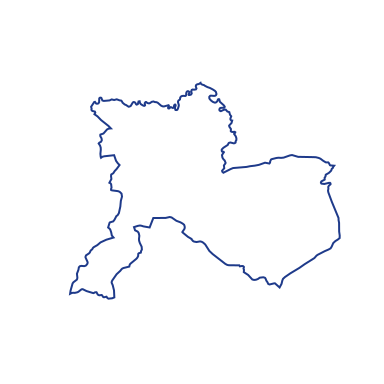 the district of Bao Loc, Lâm Đồng, Vietnam, rotated 255°
{"feature_id": "81297802B17535514855325", "entity_name": "Bao Loc", "entity_type": "district", "adm_level": 2, "iso_a3": "VNM", "parent_name": "Vietnam", "parent_adm1": "Lâm Đồng", "projection": "robinson", "projection_center": [107.813, 11.546], "detail": "fine", "context": "isolated", "style": "outline", "palette": "blue", "viewbox_px": 384, "rotation_deg": 255, "n_neighbors": 0, "source": "geoboundaries", "source_scale": "gbopen_adm2", "svg_char_len": 6076}
<svg xmlns="http://www.w3.org/2000/svg" viewBox="0 0 384 384"><g transform="rotate(255 192 192)"><path d="M77.1,251.9L80.1,254.7L83.2,256.4L84.6,257.5L85.8,259.8L88.0,266.0L90.9,276.1L93.1,282.1L96.5,293.1L98.3,295.8L98.8,297.1L100.5,304.9L101.1,309.0L101.7,311.3L103.1,312.8L106.1,315.2L107.5,317.8L108.3,320.5L109.3,322.7L111.7,323.4L115.7,323.9L124.2,326.1L126.9,326.3L129.0,326.8L146.5,324.5L156.2,323.6L158.0,323.7L159.9,324.6L161.6,324.9L162.7,325.9L163.6,327.8L164.5,328.0L165.1,327.7L165.4,326.7L165.5,321.9L166.6,319.2L167.5,318.9L168.1,319.1L168.8,319.8L169.6,323.3L169.9,323.5L171.3,323.7L172.4,324.9L174.1,325.7L175.0,329.1L176.3,331.5L176.8,332.1L178.2,333.0L178.8,334.3L179.6,334.8L180.6,336.1L181.9,332.5L182.2,332.2L184.5,331.7L185.3,331.3L186.0,328.9L188.2,326.8L190.9,324.7L192.1,323.2L193.5,320.7L194.2,318.5L198.5,303.6L201.8,298.2L202.0,296.1L201.5,289.4L201.9,286.9L202.7,284.5L203.0,282.5L203.1,277.7L202.9,276.7L201.3,275.4L200.2,275.0L199.5,274.1L201.4,270.1L200.9,263.7L201.2,259.5L201.9,254.7L202.1,251.2L204.5,237.9L204.2,235.5L202.5,227.3L203.8,226.5L204.8,226.6L206.6,229.3L209.4,229.7L211.0,231.7L211.5,232.0L214.0,231.7L215.6,230.8L217.3,230.3L219.9,230.5L222.2,233.1L222.7,232.9L223.2,231.6L223.6,231.4L224.8,231.5L225.4,231.8L226.6,233.8L228.2,238.7L229.6,239.9L229.9,240.4L229.9,241.9L228.2,244.9L228.1,245.9L228.5,246.9L229.6,247.2L230.7,248.3L232.5,248.8L234.4,248.7L237.2,247.7L237.8,248.1L238.0,249.0L238.5,249.3L239.1,248.8L239.6,246.3L240.3,245.4L240.7,245.2L242.8,245.9L245.3,245.0L246.4,245.0L246.8,245.4L248.4,248.0L250.6,249.3L251.0,248.4L252.0,247.9L253.2,248.2L255.0,249.5L256.8,248.7L259.5,248.7L260.6,247.0L262.8,245.9L263.2,244.2L262.6,240.8L262.9,240.3L263.7,239.7L264.7,239.8L265.6,240.5L265.8,241.6L265.2,244.6L265.3,245.3L266.0,245.7L267.6,245.1L271.9,242.3L274.5,242.3L274.8,241.9L274.7,241.0L273.2,240.0L272.4,238.6L272.3,237.7L272.5,237.0L273.7,235.4L275.4,234.1L277.1,233.2L278.1,233.0L279.4,233.3L280.2,234.4L280.2,235.2L279.1,238.2L279.0,239.4L279.3,240.2L280.3,241.0L282.5,241.0L283.8,240.3L285.7,238.6L287.9,236.2L289.3,234.1L291.2,232.0L292.0,231.4L293.2,229.5L294.4,228.5L295.2,228.5L294.5,226.5L294.7,224.9L294.1,223.5L293.1,223.0L290.8,223.1L290.1,222.3L290.3,220.4L290.8,219.3L290.7,218.2L289.6,217.4L287.2,217.2L286.4,216.3L286.3,214.9L286.6,214.0L287.2,214.0L288.4,215.0L289.3,215.3L290.0,214.8L290.4,214.3L290.5,213.6L290.1,212.8L289.3,212.2L288.4,211.8L287.2,211.5L286.6,210.9L286.5,210.3L287.2,208.3L287.3,206.9L287.0,205.9L286.3,205.1L284.5,204.3L283.9,202.7L283.2,202.0L282.2,201.7L279.4,201.8L278.4,201.4L276.2,200.0L275.3,199.2L275.1,198.5L275.5,197.3L276.5,197.2L278.1,197.4L279.7,198.6L280.6,198.6L280.9,198.3L280.4,197.2L278.5,196.4L278.2,196.0L278.1,195.3L279.5,193.5L279.4,192.9L278.8,192.1L278.6,191.3L279.0,190.7L279.6,190.7L280.9,191.8L281.5,192.0L281.9,191.8L281.9,187.0L282.4,185.7L283.5,184.4L287.1,182.0L287.9,181.0L288.5,179.4L289.4,178.2L289.5,176.4L288.8,174.6L288.7,173.4L289.5,171.9L290.7,171.1L290.9,170.4L290.0,169.3L287.9,169.1L287.6,168.6L287.6,168.0L288.4,166.9L290.1,165.3L291.5,164.8L293.2,164.9L293.3,163.8L290.9,162.4L290.7,161.2L291.2,160.7L292.6,160.4L293.5,159.9L294.0,159.0L293.8,158.0L291.0,155.1L290.7,153.9L290.8,152.8L293.0,150.9L294.0,149.6L296.3,148.0L297.6,147.8L298.6,147.3L299.3,145.7L301.0,143.3L301.0,140.6L302.2,138.4L301.8,136.0L302.8,130.4L303.6,129.1L306.3,128.8L306.7,128.4L306.9,127.7L306.8,127.1L306.3,126.6L302.7,125.5L301.9,124.6L301.7,123.8L302.0,122.7L302.4,122.2L304.2,121.6L304.2,120.8L300.4,116.6L298.5,116.6L297.7,116.2L297.0,116.2L296.1,116.7L294.8,119.0L293.6,119.1L292.4,117.9L289.5,120.3L285.0,122.8L277.3,128.5L274.4,130.1L274.8,127.9L274.4,126.1L271.4,121.6L271.2,118.4L270.8,118.1L269.5,117.9L267.3,118.5L265.4,118.3L264.1,117.2L263.6,115.2L263.0,114.4L260.7,115.2L258.5,115.3L256.3,114.8L252.6,113.4L249.5,112.9L248.6,113.0L249.2,114.5L249.2,116.5L247.7,126.3L241.8,126.7L238.9,127.8L236.8,129.0L233.7,125.1L232.3,122.8L230.5,120.8L229.8,118.5L228.3,117.9L225.4,117.5L222.3,114.6L221.4,115.6L220.4,115.9L217.1,115.4L215.7,114.5L214.8,114.4L214.3,115.1L212.2,120.2L211.7,121.2L210.7,122.3L208.7,123.5L205.7,123.2L201.9,121.0L196.5,119.0L190.5,115.9L188.8,114.1L188.3,112.7L185.3,110.0L184.0,108.3L183.9,104.8L183.6,104.4L179.4,101.8L177.7,103.0L176.8,103.3L174.0,103.5L170.7,103.3L168.3,104.4L168.1,97.0L167.0,90.6L165.2,86.8L164.1,82.7L163.5,81.7L162.5,80.8L161.7,79.0L160.0,77.6L159.4,76.7L158.2,73.2L156.9,72.3L156.3,72.2L151.5,73.0L150.7,72.9L149.8,72.4L148.5,70.7L148.3,69.7L148.3,68.7L149.3,65.9L149.3,64.4L148.5,63.2L146.3,62.2L142.8,59.7L138.9,59.1L137.8,58.6L137.1,58.0L135.5,54.1L134.6,53.0L128.2,49.2L125.2,47.9L125.6,49.7L125.4,51.2L124.9,52.7L124.8,55.1L125.0,56.4L126.4,59.6L126.6,60.6L126.4,61.3L123.6,64.5L120.1,70.1L119.8,70.8L120.2,72.4L119.9,73.8L117.4,74.4L116.6,75.1L116.2,75.8L115.9,78.0L115.5,78.4L113.9,78.9L113.4,79.2L113.1,79.7L113.0,82.3L111.4,82.9L110.6,83.7L110.0,87.4L110.3,89.7L117.2,91.2L122.5,91.3L125.2,90.9L126.4,91.4L127.3,92.2L132.1,97.9L134.4,102.3L135.6,103.9L136.1,104.9L136.3,106.2L136.2,112.1L137.7,112.9L138.6,113.8L141.9,121.0L142.8,122.3L144.1,123.4L146.2,124.1L146.6,124.7L146.7,126.9L148.1,127.5L149.4,128.7L152.2,129.2L156.3,128.4L158.6,128.3L160.3,128.6L163.3,129.8L165.5,129.9L166.7,129.8L167.9,129.2L169.7,127.1L173.1,126.9L173.3,130.9L173.1,133.1L172.4,134.6L171.4,136.1L168.7,141.9L176.9,147.9L173.8,159.7L173.6,164.0L172.7,165.7L168.2,169.5L165.7,173.0L163.9,174.8L162.4,175.9L160.8,176.0L159.6,175.8L158.5,175.3L155.8,172.3L155.3,172.5L149.7,176.5L146.8,179.4L146.3,179.3L145.3,179.9L144.6,180.1L143.6,181.1L142.5,183.4L142.2,187.0L141.4,188.5L140.2,189.7L137.9,191.2L130.6,193.5L126.7,195.9L113.9,205.6L112.5,207.1L111.8,208.4L108.9,218.7L107.8,219.0L107.6,221.1L107.2,222.1L106.4,222.7L106.0,222.7L104.6,221.9L103.5,222.1L101.2,221.3L97.3,224.8L91.9,227.6L91.0,229.2L90.7,231.0L90.9,233.1L91.7,235.3L91.2,238.7L90.9,239.3L90.2,240.3L89.5,240.6L87.0,240.9L85.8,241.4L83.4,241.9L82.6,243.0L82.5,247.8L82.3,248.5L77.1,251.9Z" fill="none" stroke="#1e3a8a" stroke-width="2"/></g></svg>